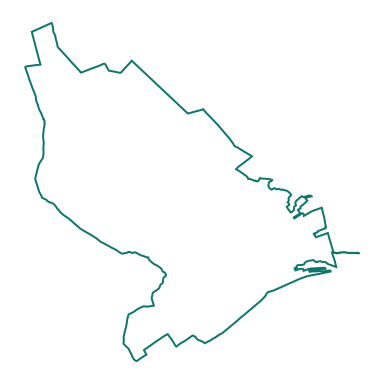 Roscani, Iasi, Romania
{"feature_id": "2599482B5254069249986", "entity_name": "Roscani", "entity_type": "district", "adm_level": 2, "iso_a3": "ROU", "parent_name": "Romania", "parent_adm1": "Iasi", "projection": "equal_earth", "projection_center": [27.437, 47.451], "detail": "fine", "context": "isolated", "style": "outline", "palette": "teal", "viewbox_px": 384, "rotation_deg": 0, "n_neighbors": 0, "source": "geoboundaries", "source_scale": "gbopen_adm2", "svg_char_len": 5959}
<svg xmlns="http://www.w3.org/2000/svg" viewBox="0 0 384 384"><path d="M35.8,96.4L35.9,99.8L37.9,105.1L38.6,107.8L39.9,110.9L41.2,113.3L43.5,119.4L43.9,119.3L44.4,120.7L44.6,122.3L44.4,126.0L43.7,129.4L43.4,132.5L43.1,135.2L43.2,138.3L43.8,143.9L43.4,146.4L43.5,152.3L43.3,155.6L42.9,157.7L42.6,158.4L40.0,162.3L39.4,163.3L38.5,165.4L36.6,172.8L35.2,178.8L35.3,179.5L35.6,180.4L36.0,182.0L36.5,183.2L39.3,192.1L39.5,192.5L40.6,194.2L42.0,197.4L42.5,198.0L46.2,199.7L47.6,201.2L48.6,201.9L51.4,202.8L53.3,203.7L54.3,204.6L55.7,206.3L57.7,209.2L59.1,210.6L59.9,211.8L62.6,214.3L65.3,216.3L68.9,218.7L80.0,228.4L81.3,229.3L87.1,232.7L92.3,235.7L95.2,237.6L96.0,238.0L100.2,241.5L104.8,243.9L107.0,245.2L108.6,245.9L111.8,247.8L113.8,248.7L116.4,250.1L119.2,252.2L121.4,253.4L122.0,253.6L122.7,253.6L126.4,252.9L127.3,252.5L128.2,252.0L128.7,251.9L129.1,251.9L130.4,252.2L130.8,252.3L131.5,252.8L132.5,253.0L133.1,252.9L134.5,252.3L135.0,252.3L136.5,252.8L138.2,253.9L140.9,255.3L143.9,256.2L146.1,257.1L146.8,257.3L148.4,257.5L148.4,258.3L148.6,258.8L149.1,259.8L149.7,260.5L151.8,262.2L152.6,263.1L155.1,264.6L156.8,265.4L159.9,267.5L161.1,268.5L162.2,270.4L162.7,271.5L163.4,272.0L164.1,272.2L164.8,272.5L165.9,274.7L166.0,275.4L165.7,276.0L163.7,277.5L163.5,277.8L162.9,280.9L163.0,281.9L162.9,282.4L162.6,283.0L162.0,283.6L160.9,284.4L160.5,284.7L159.2,287.9L158.6,288.7L156.8,290.1L153.4,292.3L152.8,292.9L152.6,293.4L152.4,295.0L151.7,297.5L151.7,298.1L152.5,301.3L153.8,305.1L153.9,305.6L153.6,305.7L148.5,306.5L146.8,306.6L145.4,306.5L143.9,306.2L141.1,307.3L138.5,308.6L137.0,309.5L133.8,311.8L131.4,313.1L129.2,314.0L128.8,314.3L128.5,314.7L127.5,318.3L127.1,320.3L126.7,323.7L126.2,325.6L126.3,326.1L125.7,328.1L123.6,336.7L123.8,339.8L123.5,342.9L123.6,343.9L128.1,348.3L129.0,349.4L130.0,351.8L130.6,352.7L131.4,354.2L131.8,355.4L133.5,358.7L134.2,359.6L134.9,360.3L135.6,360.7L136.9,361.0L142.2,357.2L146.4,354.6L143.9,350.1L149.7,346.0L150.9,345.2L155.0,342.2L159.9,339.0L162.4,337.2L165.5,335.3L167.7,334.2L171.9,339.9L174.0,343.2L174.8,344.8L176.0,346.4L176.3,346.6L176.7,346.5L180.0,343.7L182.0,342.4L183.4,341.8L185.5,340.5L190.7,336.8L192.7,335.5L194.8,336.5L195.5,337.0L196.1,337.8L197.0,339.1L197.6,339.5L198.4,340.0L201.4,341.1L203.6,342.4L204.9,343.3L206.4,342.4L209.7,340.8L211.7,339.5L215.7,337.2L217.2,336.1L219.2,334.8L222.4,333.1L237.6,320.4L239.6,318.6L241.1,317.2L243.0,315.8L261.0,300.6L265.2,296.2L266.6,293.5L268.2,292.0L273.4,290.6L299.6,278.9L305.6,276.7L308.1,276.0L310.3,275.5L318.5,274.0L330.6,271.5L330.3,270.6L329.8,270.5L327.2,270.9L323.6,271.2L319.1,271.1L315.8,271.4L312.0,271.4L309.8,271.9L309.2,270.8L309.1,270.1L310.4,269.7L311.6,269.6L322.8,268.9L325.5,268.9L325.4,268.4L325.0,267.9L321.5,267.9L310.3,268.6L309.1,268.9L306.6,269.7L303.7,270.9L303.3,269.5L303.0,269.0L302.7,268.9L300.9,268.9L299.5,269.0L296.0,270.3L295.4,270.4L294.6,268.3L297.0,267.7L296.4,266.5L296.9,265.7L297.8,265.2L298.3,265.1L302.3,264.9L303.0,264.7L303.6,264.5L304.2,264.1L304.8,263.0L305.1,262.5L306.5,261.5L310.5,260.5L312.4,260.3L313.4,260.1L316.1,262.1L316.4,262.2L316.8,262.1L319.0,261.3L320.6,261.2L321.2,261.4L322.2,262.0L324.7,262.0L325.8,262.2L327.3,263.6L328.0,264.0L336.2,267.0L334.6,260.4L332.2,253.5L332.0,252.5L336.7,253.3L338.5,253.2L340.8,252.6L344.5,252.3L347.8,253.0L358.8,253.2L358.6,252.8L354.9,252.9L351.2,252.8L348.5,252.9L344.5,252.1L341.0,252.3L337.7,253.0L336.7,252.9L333.4,252.4L331.3,244.9L330.0,240.6L327.8,233.0L322.3,235.0L315.8,237.2L315.5,236.8L315.0,235.6L315.0,235.0L314.9,234.7L314.7,234.5L314.0,234.5L313.7,233.9L313.8,233.6L317.6,232.3L317.6,231.3L323.4,229.0L325.5,228.4L325.5,228.0L325.2,227.6L325.2,227.3L325.9,227.1L324.1,217.2L321.7,207.7L312.7,210.9L311.2,211.6L303.9,215.9L303.8,214.4L303.4,213.8L302.8,213.4L302.4,213.2L298.5,215.7L295.5,217.8L294.3,218.4L293.8,217.4L300.3,213.2L297.9,210.1L298.1,209.9L298.9,209.3L300.6,208.2L300.4,207.1L300.4,206.8L300.5,206.6L302.9,204.8L307.3,200.8L305.5,198.4L306.2,198.0L307.5,197.4L310.4,196.5L311.6,196.4L311.4,195.9L309.8,195.6L308.6,195.6L305.4,196.7L303.0,197.0L302.7,196.9L302.1,196.3L301.8,196.2L301.5,196.3L300.0,197.6L298.7,198.6L296.0,201.2L295.8,201.7L295.4,202.9L295.4,203.4L295.4,203.8L296.0,204.9L296.0,205.2L295.9,205.4L294.2,206.7L293.9,209.9L293.4,210.7L291.7,212.0L290.8,212.5L289.5,210.9L288.3,209.4L286.8,206.9L287.0,206.5L288.3,205.7L289.3,204.9L289.1,204.6L289.1,204.1L288.7,203.4L287.7,202.3L288.5,201.4L288.8,200.1L288.5,198.4L288.7,197.8L289.1,197.2L290.9,195.4L291.0,195.1L291.0,194.6L290.7,194.1L289.6,192.9L288.7,192.0L287.9,191.4L286.5,190.6L285.9,190.5L284.4,190.2L283.3,189.9L282.8,189.6L280.7,189.7L280.4,189.6L278.9,188.9L278.5,188.9L277.2,189.2L276.3,189.3L276.0,189.1L274.9,188.2L274.6,188.1L271.4,189.6L269.8,188.5L269.5,188.2L269.2,187.4L268.5,186.4L268.3,186.0L268.3,185.7L269.1,182.1L270.3,181.3L270.7,181.1L271.4,181.2L272.1,180.0L270.5,179.5L269.5,179.0L261.2,178.5L260.6,178.4L260.2,178.0L259.5,178.7L258.5,180.8L258.1,181.1L256.7,181.4L256.4,181.3L256.1,180.9L255.6,181.0L255.0,180.6L254.7,180.5L253.9,180.6L252.5,179.9L250.4,179.1L249.2,178.9L248.2,179.0L247.7,177.4L246.7,176.3L239.7,171.4L236.1,169.2L238.2,167.0L249.2,158.6L251.9,156.3L249.3,154.6L243.8,151.4L237.7,147.6L235.2,146.4L234.3,145.7L234.0,145.3L233.1,143.4L231.2,141.0L230.0,139.2L219.6,127.0L217.5,124.6L211.1,117.8L206.4,113.1L203.1,109.2L202.2,109.7L187.8,113.5L131.7,60.7L130.1,62.6L126.2,66.8L121.3,72.2L121.0,72.6L120.6,72.8L120.3,72.8L118.8,72.6L115.2,71.8L109.0,70.7L107.5,68.5L105.4,64.4L104.4,63.7L103.1,63.9L99.9,65.5L89.1,69.5L85.1,71.1L81.0,72.6L80.8,72.6L79.6,70.9L72.9,63.7L63.5,53.2L58.1,47.5L57.8,47.0L57.5,46.2L57.0,43.4L55.9,39.4L55.7,38.6L55.5,37.1L55.3,36.0L54.7,34.5L53.8,33.0L53.4,31.9L53.2,31.1L53.1,28.3L52.8,26.7L52.0,23.9L51.5,23.0L31.9,31.8L32.3,33.9L40.1,63.5L40.5,64.6L28.1,66.1L25.8,66.7L25.3,67.1L25.2,67.3L28.4,76.4L28.5,77.1L29.2,79.1L32.4,87.9L35.8,96.4Z" fill="none" stroke="#0f766e" stroke-width="2"/></svg>